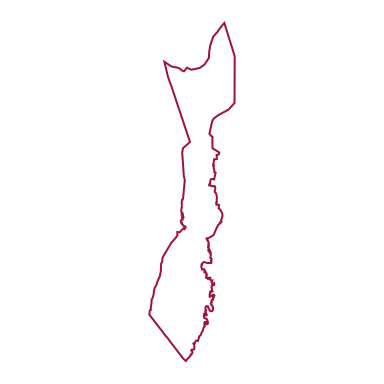 Ebonyi, Ebonyi, Nigeria (Equal Earth projection)
{"feature_id": "59680162B19549725656045", "entity_name": "Ebonyi", "entity_type": "district", "adm_level": 2, "iso_a3": "NGA", "parent_name": "Nigeria", "parent_adm1": "Ebonyi", "projection": "equal_earth", "projection_center": [8.133, 6.541], "detail": "fine", "context": "isolated", "style": "outline", "palette": "rose", "viewbox_px": 384, "rotation_deg": 0, "n_neighbors": 0, "source": "geoboundaries", "source_scale": "gbopen_adm2", "svg_char_len": 6060}
<svg xmlns="http://www.w3.org/2000/svg" viewBox="0 0 384 384"><path d="M204.7,326.4L204.3,325.7L204.5,324.5L204.3,322.7L204.8,322.1L205.8,321.7L207.0,322.2L207.2,322.4L207.3,323.2L206.9,323.5L206.1,323.6L206.1,324.1L206.3,324.4L207.2,324.2L207.9,323.6L207.8,322.0L207.4,320.5L206.9,319.3L206.6,319.0L205.6,318.4L204.4,318.1L204.3,317.4L203.8,316.3L204.1,313.7L204.4,313.5L204.8,313.4L205.1,313.7L205.4,314.2L205.7,315.1L205.9,315.4L206.2,315.5L206.8,314.8L206.0,313.4L205.6,311.6L205.3,311.3L205.4,310.7L205.9,310.7L206.1,310.5L206.1,309.8L205.7,309.3L205.4,308.2L205.4,307.3L205.7,306.7L206.2,306.2L207.7,306.2L208.0,306.3L208.0,307.2L208.2,307.8L208.7,308.3L209.6,310.4L210.6,311.2L211.5,311.3L212.3,311.0L213.0,309.7L212.9,307.3L212.3,305.5L212.1,305.3L211.7,305.3L211.5,305.1L211.2,304.5L210.8,304.1L210.7,303.8L210.8,303.3L211.5,303.0L211.8,302.3L211.8,302.1L211.4,301.7L211.4,301.4L211.7,300.1L211.8,300.0L212.4,300.0L212.8,299.9L213.3,299.0L212.9,298.2L213.1,297.7L213.8,297.4L213.9,297.1L213.8,296.9L213.6,296.8L213.1,296.8L212.7,296.4L212.7,296.1L212.9,295.9L213.2,295.7L213.6,295.7L213.9,295.9L214.1,295.9L214.4,295.6L214.0,295.0L213.6,294.8L213.0,294.9L211.1,295.8L210.9,295.7L210.4,296.8L209.7,296.8L209.6,296.5L209.7,296.3L209.7,294.4L209.8,293.6L210.4,293.3L210.5,293.1L210.3,292.4L210.0,291.9L210.1,291.6L210.5,291.3L212.5,291.5L211.4,287.0L211.7,286.7L211.7,285.9L211.8,285.3L212.3,285.3L213.1,285.0L213.9,285.2L214.1,285.0L214.3,284.0L214.0,283.6L214.0,283.4L213.1,284.2L212.9,284.2L212.7,284.0L212.6,283.7L212.5,283.4L212.4,283.2L212.1,283.1L211.6,282.4L211.7,282.2L212.1,281.7L212.3,280.3L211.6,280.4L210.8,280.2L209.7,279.3L209.4,279.0L209.5,278.7L210.0,278.7L210.3,278.3L210.4,278.1L210.4,277.8L210.2,277.7L209.7,278.0L209.2,277.8L208.8,278.0L208.6,278.3L208.5,278.7L208.0,278.9L207.9,278.4L208.0,278.1L208.0,277.7L207.9,277.6L207.7,277.6L207.1,277.8L206.9,277.3L206.7,277.3L206.5,277.6L206.3,277.8L206.1,277.8L206.0,277.5L206.5,275.3L206.6,275.1L206.8,274.9L206.9,274.6L206.7,274.5L206.1,274.4L206.1,274.1L206.3,273.5L206.3,272.8L206.1,272.6L205.7,272.3L205.6,271.8L205.3,271.3L205.1,271.3L204.8,272.1L204.7,272.3L204.4,272.3L204.4,271.4L204.7,270.2L204.2,269.2L202.2,269.6L202.0,268.5L201.3,267.4L201.5,264.9L202.0,264.9L201.8,263.9L202.5,263.4L203.3,262.2L204.1,262.1L207.8,263.1L211.3,262.9L211.5,261.9L210.9,261.1L211.2,260.0L211.3,259.4L211.6,259.4L211.5,258.5L211.0,258.3L210.3,257.9L210.8,255.5L210.7,253.8L210.4,253.9L210.3,253.7L210.7,253.3L210.7,252.9L210.8,252.8L210.3,251.7L210.2,251.9L209.8,251.2L209.2,251.8L209.0,251.4L209.3,251.1L209.3,250.9L209.2,250.8L208.9,251.1L208.5,250.9L208.5,250.5L208.8,250.2L208.5,250.2L208.6,249.9L208.6,249.5L208.4,249.6L208.4,249.4L208.7,249.2L208.9,248.5L208.8,248.3L208.6,248.3L208.6,247.9L208.2,247.6L208.0,247.3L208.4,247.0L208.4,246.3L208.9,246.1L208.7,245.5L208.4,245.5L208.3,244.9L208.3,244.5L208.7,244.6L208.8,243.0L208.5,241.8L208.3,241.8L208.1,241.3L207.9,240.5L207.5,240.6L207.3,240.1L207.5,239.6L207.4,239.1L206.9,239.3L206.5,238.6L206.6,238.4L208.0,238.1L210.0,237.2L212.1,236.1L213.5,234.9L213.9,234.4L215.3,231.0L218.0,225.1L219.4,223.7L220.2,223.5L220.0,222.5L221.0,222.4L221.3,222.1L221.5,221.8L221.2,221.6L221.2,221.0L221.1,220.4L222.5,216.0L222.4,214.9L222.3,213.9L221.4,211.8L220.7,210.4L220.1,209.4L218.7,208.5L219.1,205.0L217.8,204.8L216.4,204.7L216.2,203.0L216.6,203.0L216.8,202.2L216.5,202.1L216.7,201.2L216.7,200.4L216.7,198.7L217.0,197.5L216.7,196.5L216.5,194.9L216.3,194.2L216.0,193.2L214.9,192.3L214.8,191.6L214.7,191.5L214.6,191.2L214.7,190.9L214.8,190.9L214.8,190.1L215.0,189.9L215.1,189.5L215.3,189.2L215.2,187.3L214.8,186.2L214.4,186.0L213.3,186.4L212.5,186.2L212.2,186.0L211.9,186.1L211.2,185.9L210.8,185.5L210.3,185.6L209.1,185.4L209.2,184.4L209.8,184.1L210.0,183.7L209.9,182.7L210.8,179.3L212.6,179.0L214.1,179.5L215.6,172.7L215.0,172.4L214.3,172.2L214.4,170.6L214.0,169.2L213.7,168.6L213.8,166.0L213.1,165.8L213.2,164.1L213.6,164.1L213.6,163.0L214.0,159.3L216.4,159.2L216.9,159.0L216.7,158.5L216.8,156.7L216.7,154.9L217.3,155.0L219.0,154.1L219.2,153.3L219.3,152.5L212.6,148.4L212.5,147.6L212.5,146.4L212.3,143.2L212.5,141.3L212.3,138.9L212.5,137.6L212.6,137.1L210.4,135.1L209.4,133.8L212.2,121.2L213.6,118.7L218.2,115.2L228.5,109.6L234.5,103.0L234.7,56.1L224.3,23.0L220.1,28.0L217.4,32.0L213.2,36.6L210.3,45.2L209.3,51.2L208.8,58.1L204.4,64.7L199.7,68.0L191.3,69.7L186.9,67.7L184.0,71.3L182.3,70.7L178.8,68.0L171.4,66.4L164.4,61.8L168.0,77.0L171.6,86.9L190.0,142.0L183.0,148.2L182.2,152.8L182.9,162.3L183.8,175.9L184.8,180.3L184.2,186.2L183.1,198.2L183.0,198.9L182.5,199.7L182.0,200.9L181.9,200.8L181.7,202.3L181.9,207.0L181.5,208.0L181.2,210.7L181.5,212.7L181.9,213.2L181.6,214.8L182.5,215.1L182.8,215.0L182.9,214.7L183.0,215.1L182.8,215.6L182.9,215.8L183.6,217.3L183.4,217.6L182.9,217.6L182.1,217.1L182.0,217.4L182.7,219.0L182.6,219.6L182.5,219.8L181.9,219.6L180.9,220.6L180.8,221.0L181.1,222.8L181.6,222.9L182.0,223.0L182.1,224.4L183.4,225.4L183.9,226.0L183.8,226.6L184.2,226.9L184.9,226.4L185.6,226.8L185.5,227.4L184.5,229.1L183.8,228.5L182.6,229.2L179.6,232.3L177.3,232.0L177.3,235.8L174.1,239.7L171.3,242.8L162.5,257.6L162.1,261.9L161.1,263.8L160.8,271.3L159.7,276.5L157.6,281.1L156.2,285.4L154.6,288.0L153.9,291.2L153.6,294.5L152.7,297.7L151.7,299.5L151.5,302.5L151.5,303.6L150.9,306.3L150.8,309.0L150.7,308.9L150.4,309.7L149.9,310.4L149.7,311.0L149.6,313.0L149.3,314.6L158.7,326.8L160.4,328.9L165.9,336.2L166.9,337.2L167.8,338.3L170.1,341.5L174.8,347.6L179.8,354.1L181.3,356.0L181.9,356.8L181.9,357.0L183.7,359.1L184.7,360.0L186.0,361.0L186.9,359.5L187.3,359.0L189.7,356.7L190.4,355.3L191.1,354.2L191.5,354.5L192.3,353.0L192.5,352.2L192.4,352.0L192.1,351.4L191.5,350.9L191.0,349.9L190.6,349.9L194.2,349.4L194.4,348.0L194.4,346.6L194.2,345.5L193.8,344.3L193.4,343.5L193.9,343.2L194.6,343.7L195.5,341.3L196.0,340.8L196.6,340.6L197.1,340.5L197.9,341.0L198.2,340.0L198.5,339.3L198.8,338.3L199.2,336.6L199.3,336.2L200.8,335.1L201.2,333.7L201.7,332.4L202.8,330.7L203.3,328.4L204.1,326.8L204.7,326.4Z" fill="none" stroke="#9f1239" stroke-width="2"/></svg>